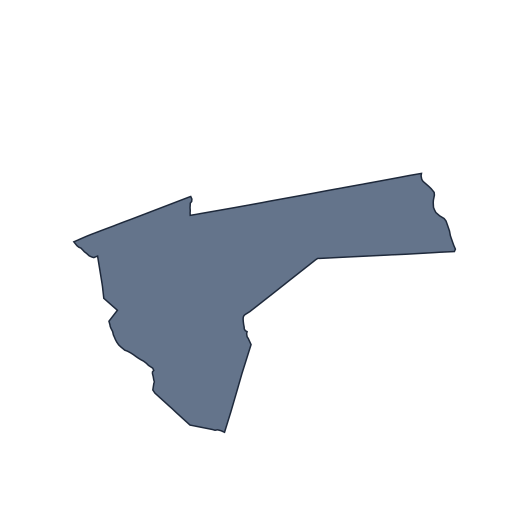 the district of Santa Quitéria do Maranhão, Maranhão, Brazil, rotated 311°
{"feature_id": "56859067B9226579866055", "entity_name": "Santa Quitéria do Maranhão", "entity_type": "district", "adm_level": 2, "iso_a3": "BRA", "parent_name": "Brazil", "parent_adm1": "Maranhão", "projection": "equal_earth", "projection_center": [-42.899, -3.344], "detail": "fine", "context": "isolated", "style": "filled", "palette": "slate", "viewbox_px": 512, "rotation_deg": 311, "n_neighbors": 0, "source": "geoboundaries", "source_scale": "gbopen_adm2", "svg_char_len": 1937}
<svg xmlns="http://www.w3.org/2000/svg" viewBox="0 0 512 512"><g transform="rotate(311 256 256)"><path d="M185.9,310.4L187.7,306.4L188.7,304.2L189.2,302.3L191.2,299.9L193.1,298.9L192.6,297.0L193.3,294.9L194.5,293.8L196.3,291.5L198.2,289.4L199.9,287.7L201.5,286.5L203.2,286.0L204.7,286.2L209.9,287.8L241.1,293.8L255.5,296.5L259.8,297.3L292.4,303.5L294.7,304.2L296.0,305.7L311.6,321.9L318.6,329.2L343.9,355.6L346.0,357.7L348.1,360.0L356.2,368.5L376.0,388.8L379.3,392.1L389.5,402.8L392.0,402.0L393.8,398.2L397.6,391.5L398.9,389.3L401.9,385.5L405.2,379.8L407.1,376.4L407.7,373.4L406.8,368.2L406.8,363.2L407.9,360.5L409.1,358.1L412.6,354.7L414.6,353.2L419.0,350.7L420.9,348.7L421.7,344.2L421.9,340.7L421.9,333.1L422.6,330.8L424.8,328.0L426.9,326.7L423.1,323.6L417.6,319.1L409.7,312.9L394.1,300.5L391.1,298.1L375.2,285.4L352.4,267.1L341.6,258.6L305.7,229.8L300.3,225.6L278.6,208.2L243.5,179.7L245.4,177.9L246.9,176.8L249.2,174.5L250.8,173.3L252.8,171.7L254.9,171.7L256.9,170.3L258.1,167.7L255.6,166.3L252.6,164.7L231.0,153.2L201.3,137.4L195.5,134.2L188.2,130.3L185.4,128.9L179.0,125.4L174.2,122.8L164.1,117.4L159.8,115.2L147.2,109.2L146.7,111.9L146.3,114.1L146.4,116.6L147.1,118.6L146.9,121.2L146.6,123.7L146.8,126.4L146.7,130.0L147.5,132.7L148.4,134.7L150.0,135.4L152.0,136.5L134.1,158.0L132.3,160.1L124.2,168.9L124.1,187.0L110.3,187.8L108.4,190.7L107.2,192.2L106.3,193.9L104.9,197.4L102.9,200.1L101.6,202.9L100.7,204.7L99.6,207.6L98.8,210.8L98.7,214.1L98.8,216.5L98.8,218.7L99.8,221.3L100.6,224.7L101.1,228.0L101.4,231.7L101.7,234.2L102.2,237.2L102.9,240.2L103.1,243.7L102.9,246.6L103.2,248.7L103.6,251.6L102.6,253.9L100.6,253.9L99.3,255.0L97.6,257.5L95.6,259.9L94.3,261.9L92.8,262.5L89.9,264.3L87.2,266.0L86.2,269.7L85.8,288.5L85.8,292.0L85.5,298.9L85.1,317.1L94.1,332.8L96.5,337.0L97.6,339.4L99.6,341.0L101.2,344.2L102.3,347.9L121.6,339.4L142.0,330.0L158.1,322.5L185.9,310.4Z" fill="#64748b" stroke="#1e293b" stroke-width="1.5"/></g></svg>